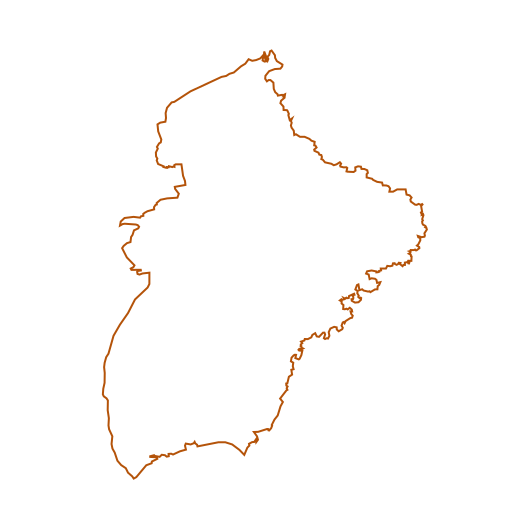 Pabna, Rajshahi, Bangladesh (Robinson projection), rotated 81°
{"feature_id": "16705992B46384724638491", "entity_name": "Pabna", "entity_type": "district", "adm_level": 2, "iso_a3": "BGD", "parent_name": "Bangladesh", "parent_adm1": "Rajshahi", "projection": "robinson", "projection_center": [89.41, 24.081], "detail": "fine", "context": "isolated", "style": "outline", "palette": "amber", "viewbox_px": 512, "rotation_deg": 81, "n_neighbors": 0, "source": "geoboundaries", "source_scale": "gbopen_adm2", "svg_char_len": 6076}
<svg xmlns="http://www.w3.org/2000/svg" viewBox="0 0 512 512"><g transform="rotate(81 256 256)"><path d="M250.2,381.2L251.6,372.0L252.3,372.0L252.3,375.1L253.0,375.9L255.2,375.8L256.1,374.0L255.5,370.7L255.8,363.9L267.0,365.7L270.2,368.0L280.0,382.3L292.3,391.3L302.5,401.1L312.5,409.2L329.4,417.0L332.5,419.8L337.8,422.2L342.0,423.4L347.8,423.7L357.6,425.4L363.2,427.6L368.7,428.9L370.8,428.3L373.2,425.9L375.5,424.9L385.1,426.6L393.2,426.7L400.3,428.2L404.2,428.2L411.6,426.1L419.1,428.1L423.8,427.9L428.1,426.3L436.5,424.9L441.4,421.9L445.2,417.8L450.0,416.3L454.3,412.7L456.7,411.6L455.7,408.8L445.5,397.1L444.4,391.5L442.7,391.0L440.9,385.2L439.3,385.4L437.9,391.9L437.2,391.8L436.8,387.8L437.6,387.3L439.3,382.6L437.6,380.2L438.5,377.1L440.2,375.6L440.1,373.5L437.8,373.3L438.0,370.7L439.1,369.0L437.0,361.6L436.3,355.5L432.2,355.8L430.3,354.7L431.9,350.0L431.2,346.8L430.0,345.7L431.6,345.3L433.2,343.7L434.9,343.6L434.1,322.4L435.2,315.4L438.4,309.0L444.9,302.7L450.6,298.7L443.9,294.5L442.2,292.2L440.4,292.3L439.2,288.9L439.4,286.9L437.2,284.8L439.9,284.9L437.8,282.8L434.3,283.2L429.5,285.6L430.0,281.4L428.6,272.1L428.9,271.0L430.1,271.0L430.4,270.3L428.5,268.0L426.1,266.6L425.4,266.9L420.4,263.3L416.9,259.5L408.3,255.3L404.4,252.3L400.6,254.5L393.5,247.0L393.1,245.9L391.4,246.4L389.8,245.2L388.7,246.3L386.7,246.1L386.7,245.0L380.4,242.4L378.8,238.9L373.9,238.9L373.7,236.6L370.6,236.9L367.2,235.9L365.5,238.0L362.0,236.8L360.0,234.3L359.6,233.0L359.9,231.9L363.0,233.1L364.8,229.9L364.3,229.0L361.0,226.7L356.9,225.1L356.1,228.2L355.3,228.7L354.5,227.8L355.1,225.3L354.7,224.0L353.7,225.4L352.2,225.3L352.1,226.0L350.4,225.6L349.3,223.9L347.6,224.9L347.0,221.4L345.6,220.8L346.2,217.8L345.0,214.1L342.8,212.7L341.5,209.6L344.9,208.6L345.7,206.4L342.2,201.8L342.4,200.4L344.3,200.0L347.8,201.8L348.8,200.8L348.3,198.9L348.8,197.8L346.3,196.0L342.6,196.1L339.3,193.9L338.2,189.9L339.1,187.5L341.2,187.7L343.3,186.1L341.8,182.3L340.5,181.5L338.2,182.4L335.2,180.7L334.9,179.6L336.2,179.0L334.3,177.7L332.1,172.6L332.0,170.8L330.1,169.8L328.2,171.0L325.5,171.3L325.8,169.7L323.9,169.8L321.8,171.5L323.1,173.8L322.2,174.9L322.5,176.6L322.0,178.2L318.1,177.3L316.3,178.9L314.3,178.5L313.0,180.1L312.1,178.4L312.8,177.9L312.5,175.4L311.2,175.9L311.9,174.9L311.3,173.3L311.9,172.9L312.0,171.0L310.1,170.4L308.6,165.0L309.7,164.8L310.0,167.0L311.5,166.3L312.9,166.5L313.6,166.8L313.6,168.4L315.2,168.4L317.5,165.5L317.7,162.0L315.7,159.2L313.9,158.7L313.5,159.1L313.8,160.3L312.4,161.4L311.4,160.7L308.6,161.8L306.4,161.1L304.6,163.1L300.5,160.8L300.1,159.3L305.9,159.2L305.5,156.3L306.9,155.2L308.7,150.8L308.6,149.4L309.6,148.7L307.6,143.7L307.9,141.3L304.8,140.5L303.8,138.8L301.3,137.3L301.5,140.6L298.4,140.8L297.1,142.0L296.1,145.3L296.6,147.4L291.9,147.6L290.6,150.0L288.5,148.7L288.4,144.1L290.1,139.4L291.0,139.6L291.1,138.1L290.8,136.7L290.0,136.7L289.8,134.7L287.9,134.7L288.7,129.6L286.3,127.9L287.1,125.1L286.9,122.8L284.7,121.9L284.8,120.3L285.4,120.3L286.7,118.5L286.2,117.0L285.0,116.0L285.5,114.4L286.6,115.0L289.0,112.8L287.9,111.8L288.1,110.3L285.8,110.0L285.7,107.3L287.1,106.7L287.3,106.0L286.0,105.4L284.9,106.7L284.5,106.4L285.1,103.3L280.8,102.4L280.4,103.0L279.0,102.9L277.6,104.7L276.9,103.0L275.9,102.7L275.3,103.6L275.2,102.7L274.3,102.3L274.9,98.9L274.5,97.9L275.5,97.2L275.5,96.5L273.8,93.4L272.7,93.4L270.9,95.4L269.9,93.9L266.3,91.3L264.0,91.0L262.9,92.8L261.5,93.0L263.3,89.5L263.3,86.6L262.2,86.0L259.9,86.1L256.6,83.1L254.9,83.3L254.2,84.2L253.9,83.6L252.8,84.0L251.1,86.2L249.7,86.6L247.8,86.5L247.0,85.6L245.6,86.1L241.8,84.2L241.3,84.4L241.4,85.6L240.4,84.9L240.2,86.0L238.8,86.3L238.3,85.0L232.5,85.1L231.2,83.5L230.7,83.8L231.3,85.2L230.0,87.2L230.6,89.3L230.2,90.8L226.4,94.6L224.4,94.7L222.6,93.2L220.1,94.8L218.9,97.7L213.6,97.8L212.3,106.1L213.9,110.5L213.3,114.2L210.2,113.0L207.8,114.2L206.7,116.3L206.1,119.7L203.2,120.0L201.7,124.8L199.1,128.5L197.9,129.2L195.7,134.4L192.4,133.9L191.4,132.5L188.7,132.7L187.0,135.4L186.5,138.2L184.2,138.4L183.4,141.2L184.0,144.1L187.3,144.4L188.3,146.4L187.1,152.2L186.6,153.4L183.3,152.1L182.5,152.8L182.2,155.5L180.9,158.6L179.9,158.8L178.1,157.5L176.5,158.5L178.1,162.2L178.5,165.0L176.7,167.1L174.3,173.2L171.4,174.9L170.5,176.3L168.5,175.4L166.5,175.7L165.8,177.6L163.7,178.1L161.3,181.8L160.0,181.9L158.3,179.2L156.3,180.0L155.8,181.2L152.4,180.2L150.8,183.2L148.7,184.9L145.9,189.3L145.1,194.0L142.0,197.5L142.5,199.3L138.1,199.1L134.8,200.8L132.5,201.1L130.0,199.9L128.1,200.4L125.8,198.9L127.1,201.4L121.8,202.0L120.8,201.3L117.5,202.2L116.8,202.6L116.1,205.9L112.7,205.5L108.9,208.0L106.5,206.9L104.1,203.0L103.3,202.9L103.0,203.6L102.6,202.6L100.8,202.0L101.5,204.2L100.9,205.0L101.0,209.3L99.6,209.4L97.2,211.4L93.7,212.3L87.5,211.7L84.5,214.2L84.2,216.0L85.2,217.9L82.4,219.2L79.5,218.5L75.5,214.1L74.3,208.2L74.8,202.6L72.9,200.5L71.1,199.9L66.8,204.9L63.3,206.1L60.7,205.9L55.5,208.5L56.0,210.1L59.5,211.5L61.1,213.6L63.3,213.0L64.8,213.9L55.3,215.9L58.4,216.6L65.3,215.7L65.3,217.2L63.9,218.9L58.5,217.1L61.5,220.8L62.5,225.2L62.6,229.2L60.5,232.5L64.4,236.5L66.3,241.1L71.3,249.2L71.9,253.7L73.5,257.3L73.7,262.0L83.1,294.9L91.0,312.6L91.1,315.3L95.7,320.7L100.7,322.9L105.6,323.3L109.2,324.5L109.3,329.7L110.6,332.7L117.6,333.1L126.1,331.3L128.9,332.3L129.6,334.1L132.8,336.8L134.6,336.2L138.1,338.7L142.0,339.1L144.4,338.2L146.0,339.1L149.8,338.3L153.0,333.2L153.6,333.5L154.8,331.0L155.0,330.0L154.2,330.0L154.6,328.3L153.7,328.0L155.1,324.7L154.7,323.7L155.2,322.6L153.4,322.4L152.9,320.9L153.8,315.3L165.4,315.5L170.8,314.4L174.8,314.6L175.0,325.4L177.0,325.4L182.4,322.5L186.1,324.5L185.2,334.7L185.5,341.5L188.1,345.8L189.6,345.9L189.8,347.2L191.8,349.1L194.0,349.3L194.8,356.2L195.9,359.2L196.8,360.8L198.7,361.0L198.8,363.4L200.0,364.5L198.2,370.8L197.9,379.9L200.8,384.2L204.7,385.6L203.6,382.7L203.6,380.6L206.1,369.8L207.0,368.0L208.8,366.9L210.3,368.0L211.6,372.5L215.8,374.6L217.7,376.4L222.6,377.8L223.1,381.4L225.3,385.1L227.3,387.0L237.2,383.8L246.2,377.5L247.9,378.9L248.8,381.7L250.2,381.2Z" fill="none" stroke="#b45309" stroke-width="2"/></g></svg>